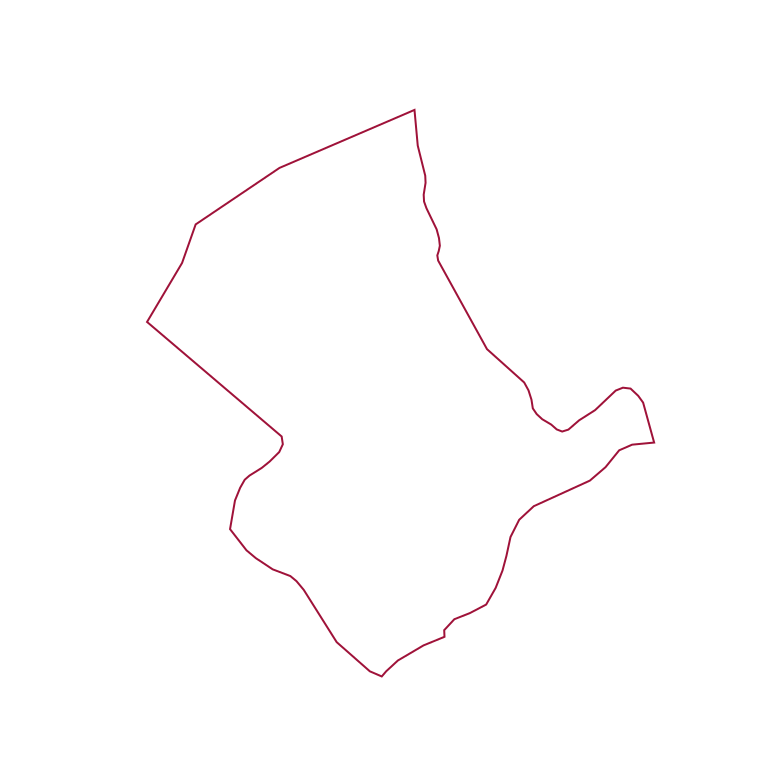 the border of Karak, rotated 219°
{"feature_id": "JOR-859", "entity_name": "Karak", "entity_type": "Province", "adm_level": 1, "iso_a3": "JOR", "parent_name": "Jordan", "parent_adm1": "", "projection": "robinson", "projection_center": [35.641, 31.103], "detail": "fine", "context": "isolated", "style": "outline", "palette": "rose", "viewbox_px": 768, "rotation_deg": 219, "n_neighbors": 0, "source": "natural_earth", "source_scale": "10m", "svg_char_len": 1066}
<svg xmlns="http://www.w3.org/2000/svg" viewBox="0 0 768 768"><g transform="rotate(219 384 384)"><path d="M137.2,508.5L153.0,493.0L159.5,480.5L159.5,458.8L163.2,438.5L190.7,383.3L193.5,363.6L189.4,344.7L180.7,327.5L174.5,313.6L168.9,295.8L165.8,276.9L173.1,260.0L181.3,245.5L182.3,230.6L177.9,225.6L188.8,205.7L199.2,177.9L201.5,162.2L201.7,155.3L214.2,151.8L258.3,153.6L316.8,173.5L327.9,175.7L335.9,175.8L353.9,169.9L373.9,168.0L386.2,168.2L412.3,174.3L426.5,199.7L430.5,212.9L432.0,222.0L430.9,228.2L426.2,241.9L424.1,251.7L422.6,265.2L424.7,273.5L430.5,278.8L607.2,283.1L617.1,351.0L630.8,389.5L601.2,486.2L532.8,616.2L507.8,590.5L483.0,571.8L478.3,566.5L472.3,556.1L467.7,551.0L461.6,547.3L440.4,537.3L433.1,532.0L427.6,526.6L425.1,521.7L423.5,517.5L419.6,514.0L325.9,475.9L276.0,473.4L267.7,470.0L259.5,464.6L253.0,458.7L246.4,456.7L238.9,456.2L228.6,457.7L221.2,457.4L215.6,459.2L212.0,464.6L209.5,478.6L203.5,496.6L199.8,524.7L196.0,531.5L189.5,535.6L179.0,534.8L170.9,532.6L141.7,511.7L137.2,508.5Z" fill="none" stroke="#9f1239" stroke-width="2"/></g></svg>